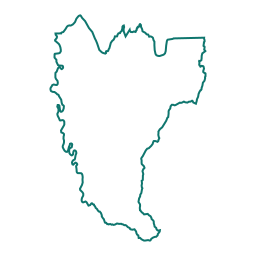 outline of Paquisha, Zamora Chinchipe, Ecuador
{"feature_id": "8360857B20282725655414", "entity_name": "Paquisha", "entity_type": "district", "adm_level": 2, "iso_a3": "ECU", "parent_name": "Ecuador", "parent_adm1": "Zamora Chinchipe", "projection": "equal_earth", "projection_center": [-78.572, -3.961], "detail": "fine", "context": "isolated", "style": "outline", "palette": "teal", "viewbox_px": 256, "rotation_deg": 0, "n_neighbors": 0, "source": "geoboundaries", "source_scale": "gbopen_adm2", "svg_char_len": 5673}
<svg xmlns="http://www.w3.org/2000/svg" viewBox="0 0 256 256"><path d="M70.8,154.9L71.7,155.4L72.3,155.2L73.0,154.4L73.4,151.8L73.7,151.0L74.3,150.4L75.1,150.5L76.0,151.3L76.3,152.6L76.3,153.4L75.6,155.1L75.0,158.7L74.6,159.6L73.5,160.0L72.6,161.0L72.0,162.3L72.2,163.7L72.5,164.4L73.2,164.7L75.3,162.7L75.8,162.7L76.7,163.3L77.2,164.1L77.2,164.6L76.2,166.0L76.1,166.5L76.5,168.8L76.7,171.8L77.0,172.5L77.8,173.1L81.0,173.2L81.4,173.4L81.8,173.7L82.4,175.0L82.7,177.1L82.5,179.6L82.7,182.5L82.0,184.9L80.0,188.8L80.2,190.0L82.4,192.2L83.0,193.1L83.3,193.9L83.2,195.7L82.1,197.7L81.7,199.1L81.6,200.2L81.9,201.4L82.4,202.1L83.1,202.4L85.6,201.5L86.0,201.8L86.6,202.3L88.5,205.6L90.1,205.1L91.3,203.5L91.7,203.3L92.2,203.4L92.8,204.2L94.0,204.6L94.1,205.4L95.1,206.4L95.6,207.8L97.2,209.2L97.7,210.3L98.8,211.5L99.8,211.6L101.0,213.1L101.8,215.3L101.8,216.5L103.3,218.7L103.8,219.1L104.9,222.5L105.3,222.8L106.2,222.8L107.2,224.1L107.9,224.0L108.5,224.4L110.2,224.0L111.7,224.7L112.3,224.4L113.5,224.9L114.9,224.6L117.0,223.5L119.1,223.9L121.3,223.8L121.8,224.2L122.8,224.3L124.3,225.2L125.5,225.1L126.4,225.6L127.8,227.1L129.7,228.0L130.1,229.0L130.5,229.3L132.4,229.7L134.5,229.3L136.1,231.5L136.4,233.1L137.1,234.6L138.3,235.4L138.7,238.0L140.1,237.9L141.5,239.3L143.8,240.5L144.9,240.6L148.1,240.1L149.9,240.6L150.5,240.3L151.3,238.8L153.2,237.5L155.1,236.8L156.1,236.8L157.6,235.4L157.8,234.1L159.7,231.6L159.9,230.2L158.1,230.6L157.3,230.2L156.5,229.2L156.2,227.9L154.6,226.6L154.3,224.9L153.8,223.5L153.7,221.3L153.3,220.6L151.6,219.0L151.3,217.6L150.5,216.2L149.0,215.3L147.7,213.9L144.1,214.4L142.9,213.1L141.9,212.4L140.7,211.0L140.4,210.3L140.0,210.2L139.8,207.9L140.1,205.9L140.0,204.3L138.6,202.1L138.5,201.8L139.1,198.4L140.1,196.5L140.3,194.6L141.3,193.1L142.0,189.2L142.4,188.2L141.9,187.5L141.6,185.6L142.0,183.4L141.7,180.8L142.6,180.2L142.8,179.7L142.9,175.5L143.3,174.1L142.5,171.1L143.3,169.1L144.3,168.3L144.5,167.8L143.9,166.2L141.8,164.1L141.6,163.1L141.6,160.2L141.2,158.8L141.6,157.7L142.7,156.3L145.8,150.4L147.2,148.7L148.8,148.2L151.2,145.9L152.7,143.9L153.0,142.7L153.6,141.2L153.9,141.0L155.6,141.1L157.5,141.8L158.3,141.0L158.4,140.1L159.3,138.1L158.8,137.1L158.3,134.9L158.5,132.9L158.4,131.6L159.8,129.3L162.2,127.3L166.2,120.8L167.4,117.7L168.2,117.1L168.6,113.6L168.6,111.2L169.0,110.1L170.2,108.6L170.6,106.3L171.8,104.8L173.2,104.8L174.5,105.3L175.5,105.1L179.9,102.6L180.8,102.9L182.0,102.6L183.9,101.6L185.2,102.3L187.4,102.6L188.9,101.7L190.6,101.6L192.1,100.7L192.5,100.9L193.3,102.5L195.9,103.7L196.8,100.6L196.9,99.4L198.1,96.8L198.6,93.9L199.5,91.8L200.5,90.2L200.9,90.2L201.5,89.3L201.6,87.9L202.4,85.7L202.9,82.7L204.5,80.7L205.1,78.3L205.0,77.1L205.5,76.3L205.5,73.5L205.3,73.2L204.4,73.0L203.2,71.9L203.3,70.7L204.0,68.7L203.5,66.5L203.0,66.1L201.8,65.9L201.4,65.9L200.6,66.7L200.3,66.6L200.0,65.6L199.5,65.4L199.3,64.9L199.2,64.1L199.5,63.1L199.1,61.3L199.2,60.9L200.1,61.0L201.3,60.3L201.6,58.6L201.7,55.8L202.3,53.4L205.4,51.1L205.3,50.8L204.2,49.7L204.6,47.2L204.5,46.6L203.6,46.1L203.5,45.8L203.8,43.6L204.1,42.8L203.9,42.2L204.6,41.3L204.5,40.0L204.0,38.4L204.1,37.7L173.6,38.4L172.7,38.9L171.5,39.1L167.7,39.7L167.3,40.1L166.9,41.0L166.2,45.4L165.7,51.1L165.0,53.4L163.6,54.7L159.7,56.0L158.9,56.0L157.8,55.8L156.5,55.3L155.7,54.3L155.4,53.4L154.7,50.1L154.4,45.3L154.4,41.6L153.6,40.3L152.9,37.8L152.4,37.3L151.2,36.6L150.3,36.4L149.2,36.7L148.2,34.6L146.6,34.3L145.3,32.8L142.7,31.4L142.4,31.0L142.3,29.8L141.9,28.6L141.1,27.1L140.9,25.0L140.1,24.1L139.8,24.2L139.4,25.0L140.1,25.8L139.1,26.6L138.1,26.6L137.5,27.2L137.2,27.7L137.6,27.8L136.8,28.7L136.7,30.0L136.1,30.4L135.8,31.7L135.6,31.9L135.3,32.0L134.0,31.4L132.6,32.1L130.9,32.0L129.9,30.9L129.7,29.8L125.6,36.4L123.7,31.3L123.6,28.9L124.1,27.2L124.1,26.8L123.8,25.5L123.1,25.8L122.5,26.6L122.3,28.7L121.5,31.2L120.4,32.0L120.0,33.1L118.5,33.3L117.6,34.6L117.2,36.1L117.0,36.4L114.9,36.4L114.6,37.7L113.7,39.6L112.1,41.0L110.8,42.9L109.4,48.2L108.6,49.4L108.2,50.8L107.7,51.2L106.6,51.1L106.1,51.3L105.9,51.9L106.0,53.1L105.3,53.6L102.9,52.9L101.7,52.2L99.3,49.9L97.1,43.3L95.9,40.4L94.9,38.5L92.3,32.0L89.0,28.1L85.1,21.1L82.1,17.9L80.9,15.9L80.4,15.4L80.0,15.4L78.8,15.9L78.0,16.7L76.4,18.7L75.1,21.9L74.3,22.9L72.9,24.4L71.1,25.4L70.1,25.6L69.4,25.4L68.0,25.8L67.0,26.6L65.3,29.4L63.3,32.0L61.7,32.5L61.0,33.0L61.0,33.4L55.5,33.5L55.7,34.8L56.9,36.3L57.0,36.9L56.6,38.2L55.1,40.0L55.1,40.7L58.8,43.9L59.6,45.2L60.4,47.4L60.8,49.8L60.8,50.8L60.8,51.3L59.9,52.8L58.9,53.3L54.9,53.8L54.6,54.2L54.5,57.2L54.6,57.7L56.4,59.8L56.4,61.7L58.0,65.1L59.1,65.5L62.2,65.7L62.9,66.2L63.1,67.3L62.8,68.3L61.8,69.1L61.5,69.1L59.7,67.3L58.8,67.4L58.3,67.8L57.7,68.9L56.7,71.6L55.5,72.8L55.4,73.9L55.4,77.4L55.9,78.8L57.5,80.9L57.8,82.5L57.7,83.7L57.5,84.3L56.8,85.0L55.4,84.9L53.7,84.5L52.3,85.1L52.0,85.8L50.7,87.8L50.5,88.4L50.5,89.6L50.9,90.9L51.6,91.4L52.8,91.9L54.5,92.0L56.4,93.4L57.3,94.4L58.1,94.6L58.7,95.2L59.0,96.2L61.2,99.7L61.7,102.8L62.3,104.6L63.6,105.6L63.9,106.1L63.7,108.4L62.9,110.6L61.8,111.6L61.0,111.8L60.1,110.8L59.4,105.7L58.7,105.0L57.7,105.0L57.3,106.7L58.4,108.7L58.5,109.8L58.4,111.7L57.4,113.7L57.4,114.7L57.9,116.2L58.9,118.1L59.8,120.3L60.2,120.5L62.6,120.1L63.5,120.4L64.2,121.4L64.3,122.3L64.3,124.5L63.9,125.5L61.0,130.5L61.3,132.4L63.2,133.2L64.0,134.1L63.9,135.6L63.6,136.4L63.5,138.7L64.0,140.5L64.0,142.2L63.7,143.7L62.9,145.6L62.7,146.3L62.8,147.4L63.9,149.6L64.7,150.8L65.8,151.7L67.0,151.9L67.6,151.2L68.1,150.2L69.0,146.7L69.7,145.3L70.0,143.8L70.3,143.6L71.4,143.5L71.9,143.8L72.2,144.5L71.8,146.9L71.6,147.3L69.8,148.3L69.4,149.0L69.1,150.8L69.4,153.1L70.0,154.1L70.8,154.9Z" fill="none" stroke="#0f766e" stroke-width="2"/></svg>